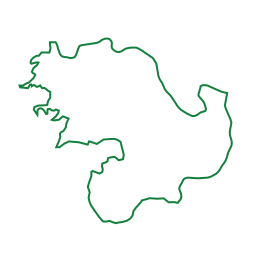 an SVG outline of Ōita, rotated 174°
{"feature_id": "JPN-1835", "entity_name": "Ōita", "entity_type": "Prefecture", "adm_level": 1, "iso_a3": "JPN", "parent_name": "Japan", "parent_adm1": "", "projection": "orthographic", "projection_center": [131.556, 33.207], "detail": "fine", "context": "isolated", "style": "outline", "palette": "green", "viewbox_px": 256, "rotation_deg": 174, "n_neighbors": 0, "source": "natural_earth", "source_scale": "10m", "svg_char_len": 2978}
<svg xmlns="http://www.w3.org/2000/svg" viewBox="0 0 256 256"><g transform="rotate(174 128 128)"><path d="M86.3,48.3L89.4,49.4L95.4,49.9L99.9,54.3L106.3,54.6L113.6,55.9L121.8,54.5L122.7,53.1L128.6,47.8L131.3,44.7L132.6,40.5L135.0,37.8L138.7,35.9L143.7,35.1L147.3,35.0L150.0,34.6L152.8,35.8L156.1,37.6L159.3,37.2L162.6,37.7L166.2,42.8L170.1,49.8L172.8,54.8L174.0,58.7L174.5,62.7L172.8,68.1L174.1,73.6L172.5,77.7L169.5,83.8L169.0,88.3L167.6,88.9L163.8,87.0L161.2,85.7L158.2,86.9L157.4,89.7L157.9,92.8L157.3,95.3L153.2,96.3L151.8,97.1L151.0,100.1L147.7,100.7L144.4,100.7L143.0,99.6L140.6,96.9L136.2,97.5L135.0,101.9L136.9,115.1L139.9,117.5L143.1,118.7L153.6,119.1L160.6,115.4L168.1,118.8L169.8,115.7L178.3,118.9L188.1,120.8L192.8,119.2L198.3,116.0L201.3,116.4L198.0,122.2L196.2,126.4L196.4,129.3L195.1,130.8L192.5,131.8L189.6,135.4L188.9,138.7L186.1,143.6L191.6,146.4L195.9,143.4L201.0,143.3L202.9,144.1L198.4,147.2L195.9,150.1L195.0,152.5L197.8,153.9L199.5,153.0L202.0,153.5L203.6,155.1L205.8,155.2L206.4,153.0L206.7,150.6L208.0,150.5L209.4,153.7L210.6,155.4L212.1,156.5L213.5,156.8L215.0,156.2L216.1,155.1L216.8,150.6L219.7,156.0L219.0,158.5L214.9,159.7L208.5,159.3L205.9,159.4L204.8,163.0L202.2,166.3L201.6,172.0L203.5,173.3L206.8,176.6L209.3,176.6L210.9,179.5L212.6,178.8L214.1,178.4L215.2,178.9L216.1,180.0L217.3,180.6L219.3,179.6L219.2,180.6L219.9,181.5L221.2,181.0L223.3,178.1L227.6,179.0L231.0,179.7L231.4,181.6L228.2,181.1L224.8,182.8L221.8,183.6L216.8,187.5L214.7,190.4L215.4,191.7L216.9,192.5L217.7,193.9L216.0,197.1L214.5,198.4L213.1,199.2L211.7,200.2L210.3,202.5L212.5,202.8L217.3,202.0L218.2,203.1L217.1,205.8L214.5,208.0L211.5,209.3L209.1,209.2L206.0,212.2L198.3,211.2L196.8,215.3L196.8,220.8L196.7,221.4L191.2,220.9L190.4,219.7L189.7,217.3L189.3,214.2L187.8,208.3L186.2,206.2L183.9,205.2L181.4,204.8L178.3,203.6L175.9,203.5L173.9,204.0L172.6,205.3L171.6,206.9L169.3,212.0L168.2,213.7L167.5,214.7L165.4,215.2L150.1,215.9L146.8,217.0L144.9,218.3L141.7,219.2L139.6,219.2L137.7,218.6L136.4,217.5L135.5,216.0L135.1,214.5L135.4,212.9L135.7,211.3L135.7,209.4L134.8,207.9L133.5,206.4L131.6,205.1L129.3,204.5L126.9,204.8L122.2,207.1L118.9,207.6L115.8,207.6L111.5,207.1L109.2,205.9L106.1,203.6L95.9,194.9L93.3,189.5L92.9,187.0L92.4,177.6L92.1,175.8L91.5,173.5L89.1,168.6L87.3,162.7L86.0,160.4L82.7,156.3L81.3,154.1L76.1,143.9L73.5,140.6L67.9,136.2L62.8,133.1L60.4,133.0L57.8,133.8L54.3,135.8L49.3,136.9L48.6,138.2L48.6,140.1L49.6,144.9L50.6,147.0L53.5,151.0L54.5,152.9L54.3,154.5L52.1,159.7L51.4,162.0L49.1,162.8L44.8,162.1L31.7,154.5L25.7,152.4L29.3,140.3L28.7,137.0L25.3,126.2L24.6,122.6L27.1,113.9L27.4,110.5L26.4,105.0L26.3,103.3L26.5,101.6L26.7,100.5L27.2,99.2L31.1,92.8L32.8,88.3L34.6,84.9L38.7,80.3L41.1,76.9L43.2,74.7L45.3,73.2L50.2,71.1L52.6,70.5L54.1,70.3L63.9,70.7L73.7,72.4L76.2,72.1L77.8,71.3L79.1,69.7L80.1,67.9L82.1,65.4L83.1,63.4L83.4,61.5L82.1,57.0L82.1,54.1L82.8,52.2L83.3,51.4L85.4,49.4L86.3,48.3Z" fill="none" stroke="#15803d" stroke-width="2"/></g></svg>